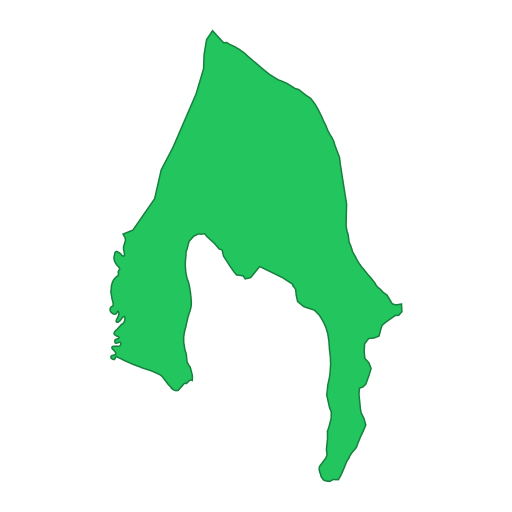 the district of Qaflat Odhar, Amran, Yemen
{"feature_id": "15242507B49848325615271", "entity_name": "Qaflat Odhar", "entity_type": "district", "adm_level": 2, "iso_a3": "YEM", "parent_name": "Yemen", "parent_adm1": "Amran", "projection": "equal_earth", "projection_center": [43.669, 16.289], "detail": "fine", "context": "isolated", "style": "filled", "palette": "green", "viewbox_px": 512, "rotation_deg": 0, "n_neighbors": 0, "source": "geoboundaries", "source_scale": "gbopen_adm2", "svg_char_len": 6045}
<svg xmlns="http://www.w3.org/2000/svg" viewBox="0 0 512 512"><path d="M152.4,371.3L160.1,374.8L160.9,375.4L162.5,376.9L163.8,378.6L165.1,380.4L166.4,382.0L167.5,383.6L170.1,386.4L171.7,387.9L171.4,388.2L173.1,389.6L174.8,390.4L176.0,390.6L177.9,390.5L178.2,390.4L184.1,383.7L185.0,383.2L186.4,383.6L189.3,380.7L190.2,380.2L191.2,379.9L191.8,380.1L192.2,380.4L192.4,379.4L192.4,376.7L192.3,375.4L192.2,374.8L191.5,372.2L191.3,371.2L190.9,369.6L190.0,366.7L189.6,366.6L187.1,362.1L186.3,354.1L185.6,351.8L185.0,350.0L184.9,349.3L184.6,347.9L184.3,345.7L183.8,343.0L183.7,341.7L183.7,338.0L183.7,336.7L183.9,335.3L184.1,334.6L184.1,333.8L184.8,330.6L185.3,328.6L185.6,327.8L186.4,324.0L186.6,323.2L186.9,321.9L187.8,317.9L188.6,315.1L188.8,314.5L189.0,313.8L189.9,311.3L190.7,308.4L190.9,307.3L191.1,306.6L191.3,303.8L191.3,301.1L191.1,299.5L191.0,297.3L190.6,294.4L190.6,293.7L190.3,291.5L190.1,290.8L190.1,289.9L189.8,288.5L189.6,287.2L189.1,284.6L188.7,283.0L188.4,281.9L187.7,280.2L186.9,277.6L186.2,274.5L185.7,271.1L185.6,269.6L185.3,265.9L185.3,263.7L185.4,260.9L186.0,255.2L186.0,251.8L186.9,249.8L187.0,249.3L189.0,241.5L193.5,236.4L198.3,233.9L201.5,234.2L204.6,233.7L207.0,236.6L210.0,239.4L214.4,243.4L219.2,249.0L222.1,249.9L223.5,256.1L227.6,262.4L229.4,265.3L233.7,271.5L236.5,274.9L243.2,275.9L245.2,278.9L250.7,277.6L258.8,267.6L259.9,266.6L282.8,277.8L292.9,284.4L292.8,285.7L293.2,285.9L295.6,289.2L296.3,295.7L297.6,301.5L303.4,306.4L305.6,307.3L314.3,310.1L319.3,315.1L323.1,321.4L325.9,327.3L327.8,333.9L328.9,341.1L329.5,349.9L330.4,357.2L330.6,364.4L330.1,372.2L329.5,377.1L327.7,385.5L327.4,389.5L326.7,394.9L329.6,407.9L331.3,411.8L331.2,413.1L331.2,418.2L328.9,427.1L327.3,431.7L327.5,431.9L327.5,438.9L326.8,445.7L326.4,449.5L327.0,454.4L327.0,454.8L326.8,455.7L325.9,457.8L325.2,458.9L322.6,462.3L321.9,463.4L321.1,464.3L320.0,465.8L319.5,466.6L319.3,467.4L319.3,468.2L319.2,468.4L319.2,470.0L319.3,470.1L319.5,471.2L319.7,471.8L319.7,472.1L319.9,472.5L320.6,474.5L321.1,476.7L323.0,479.3L323.0,479.5L324.2,480.4L327.7,481.3L330.2,481.3L331.5,480.4L333.3,479.5L334.3,479.5L334.7,479.6L336.8,479.7L337.0,479.6L337.4,479.5L337.8,479.5L338.4,479.7L341.1,474.9L343.7,469.0L346.8,461.3L349.3,457.5L349.4,456.7L351.6,453.1L356.3,447.6L357.9,443.3L360.4,437.1L363.3,431.0L365.8,425.0L363.9,418.3L361.1,412.7L360.4,408.5L359.0,394.6L359.4,388.2L362.9,387.0L365.8,384.2L368.7,376.2L371.1,368.4L368.9,362.8L364.8,358.3L364.2,351.1L364.6,343.9L368.7,338.5L373.9,338.0L379.0,336.1L380.8,329.3L382.1,325.3L385.9,322.1L395.0,315.7L395.1,315.4L398.6,315.4L401.9,311.7L401.5,304.0L396.1,304.9L392.3,303.9L387.1,295.2L383.0,292.2L380.8,289.7L377.9,287.3L375.9,285.2L375.9,284.8L375.8,284.6L375.6,284.2L374.8,282.9L374.1,281.9L372.9,280.5L372.0,279.2L371.8,279.0L369.0,275.7L368.3,275.1L364.2,269.9L362.9,268.3L362.5,268.0L362.0,267.3L361.5,266.8L361.4,266.6L361.2,266.3L360.7,265.6L360.5,265.2L360.3,265.2L360.1,264.9L360.1,264.7L359.5,264.0L358.1,261.8L356.5,259.0L355.3,256.4L355.0,255.9L354.4,255.2L353.9,254.0L353.3,253.1L352.5,251.6L352.3,250.8L352.3,250.6L352.2,250.5L352.2,250.1L352.0,249.8L351.8,248.8L351.6,248.6L351.0,246.7L351.0,246.4L350.6,245.6L350.6,245.4L349.6,243.5L349.6,243.0L349.4,242.9L349.4,242.4L349.1,242.1L348.4,236.1L347.6,232.6L347.1,232.1L347.0,230.6L346.9,230.2L346.8,229.9L346.7,229.7L346.5,228.5L346.5,228.4L346.5,227.9L346.4,227.8L346.4,227.2L346.2,227.0L346.1,222.8L346.6,204.2L340.4,164.8L339.5,157.4L334.9,145.3L333.8,141.5L332.1,137.9L329.8,134.2L327.8,130.5L325.8,125.4L324.0,121.9L321.4,116.0L318.3,109.8L315.1,104.2L310.6,98.3L305.9,95.2L298.7,89.5L295.0,88.5L289.1,84.7L286.3,83.1L281.2,80.9L278.3,79.9L273.0,76.6L269.2,74.2L261.6,68.0L256.9,63.9L252.3,60.2L247.2,55.7L244.7,53.3L239.6,49.6L234.7,46.7L229.5,44.3L226.7,42.5L223.7,42.9L212.5,30.7L209.8,34.9L207.2,38.6L206.6,39.5L204.1,54.5L203.6,68.7L196.1,93.9L173.0,147.3L161.2,169.9L154.6,198.8L132.9,230.1L123.0,234.1L125.2,238.0L125.4,239.2L125.4,240.4L125.1,241.8L124.1,244.8L123.5,247.0L123.5,248.9L124.5,254.2L124.5,255.0L124.3,255.6L124.1,256.0L123.4,256.0L122.7,255.9L121.9,255.3L120.9,254.1L119.5,252.9L118.3,252.2L117.1,251.5L116.4,251.5L115.7,251.8L115.2,252.2L114.7,253.7L114.3,255.6L113.9,257.8L114.1,259.3L114.6,261.3L115.4,262.8L116.4,264.5L119.0,267.4L119.7,268.8L119.7,269.2L119.6,269.7L119.0,270.2L118.4,271.1L118.2,271.8L118.2,272.5L118.5,273.7L118.4,274.6L118.2,275.3L117.9,275.6L116.3,276.9L115.0,278.2L113.6,279.8L112.8,281.5L111.9,283.9L111.4,286.0L111.2,289.6L110.9,291.0L110.9,291.4L111.0,293.1L111.2,294.0L112.0,298.7L113.1,302.9L113.2,305.1L112.8,305.8L112.6,306.1L112.0,306.4L111.3,306.8L110.8,307.4L110.3,308.2L110.1,309.0L110.1,310.0L110.2,310.9L110.9,312.0L111.6,312.8L113.4,314.0L114.2,314.2L115.3,314.1L116.0,313.9L116.5,313.3L117.0,312.6L117.6,311.3L118.2,311.3L118.4,311.6L118.9,312.8L118.8,314.6L118.2,316.3L116.7,319.3L116.3,320.3L116.2,321.0L116.2,321.5L116.3,321.8L116.9,322.3L117.5,322.3L118.2,322.1L119.1,321.6L120.1,320.6L122.1,318.0L123.4,316.9L124.1,316.6L124.5,316.5L124.8,316.9L125.0,317.5L124.9,319.0L124.7,320.3L124.3,321.7L123.6,322.9L122.9,323.6L122.1,324.0L121.1,324.8L120.2,325.9L116.9,329.5L115.2,331.1L114.6,331.9L114.3,332.4L114.1,333.5L114.3,334.3L115.1,335.1L116.4,335.9L118.4,336.7L118.8,337.0L119.0,337.3L118.9,337.7L118.6,338.4L117.9,338.7L116.3,339.2L115.3,339.7L114.9,340.2L114.8,341.1L115.1,342.6L115.4,343.1L116.0,343.2L117.0,343.1L117.6,342.8L118.2,342.7L118.7,342.3L120.2,342.3L120.6,342.5L120.8,343.2L120.8,343.8L120.5,344.9L120.0,345.8L119.6,346.1L118.3,346.4L116.5,346.1L114.9,346.3L114.2,346.3L112.7,346.4L112.0,347.0L111.9,347.5L112.0,348.3L112.5,349.1L114.3,350.8L115.0,351.7L115.5,352.6L115.8,353.8L115.8,354.4L115.4,354.8L114.6,354.8L113.5,355.2L112.0,355.5L111.2,356.2L110.9,356.8L110.9,357.5L111.1,358.2L112.3,359.1L113.5,359.5L114.4,359.5L115.0,358.7L115.4,357.7L115.9,356.9L116.7,356.8L120.7,358.6L121.3,359.0L124.8,360.7L133.1,364.4L137.8,366.2L139.5,366.7L141.1,367.5L144.3,368.6L149.5,370.2L152.4,371.3Z" fill="#22c55e" stroke="#15803d" stroke-width="1.5"/></svg>